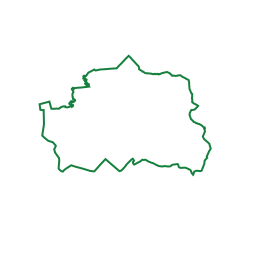 Vermes, Caras-Severin, Romania, rotated 38°
{"feature_id": "2599482B13425405554556", "entity_name": "Vermes", "entity_type": "district", "adm_level": 2, "iso_a3": "ROU", "parent_name": "Romania", "parent_adm1": "Caras-Severin", "projection": "albers", "projection_center": [21.625, 45.523], "detail": "fine", "context": "isolated", "style": "outline", "palette": "green", "viewbox_px": 256, "rotation_deg": 38, "n_neighbors": 0, "source": "geoboundaries", "source_scale": "gbopen_adm2", "svg_char_len": 5461}
<svg xmlns="http://www.w3.org/2000/svg" viewBox="0 0 256 256"><g transform="rotate(38 128 128)"><path d="M94.2,196.4L98.1,202.5L99.4,203.0L102.0,203.1L103.5,202.4L103.6,200.4L104.2,198.1L106.2,192.4L111.0,190.6L117.8,187.7L124.6,185.1L127.9,183.2L128.2,182.4L128.7,174.4L129.4,166.4L147.7,167.3L148.8,166.0L149.2,163.8L149.5,159.4L149.3,158.2L149.6,155.1L150.1,150.9L150.7,149.3L151.3,149.4L152.9,150.1L152.8,151.9L154.1,152.8L155.4,153.0L157.6,148.1L158.2,146.9L158.8,144.2L159.9,143.6L160.1,143.4L160.8,142.7L161.5,142.2L164.3,141.9L165.4,141.6L167.6,141.0L169.7,140.2L172.8,139.7L175.8,139.0L177.3,138.1L179.1,136.9L180.1,135.6L183.5,133.5L184.8,132.3L185.1,131.8L185.2,131.4L185.2,130.9L185.2,130.5L186.0,129.2L187.3,127.9L188.5,126.6L189.3,125.9L190.1,126.0L191.9,127.4L192.9,127.4L194.1,127.0L197.4,124.1L199.1,123.5L201.8,122.9L202.5,122.7L203.1,122.7L203.6,122.9L204.9,123.7L206.1,124.3L207.1,124.6L208.1,124.8L208.0,124.0L207.1,122.0L207.5,120.7L208.7,119.1L211.3,117.7L212.3,116.3L210.2,109.3L208.5,106.5L208.7,102.6L207.7,102.2L207.5,101.8L207.4,100.9L207.3,100.6L207.2,100.3L207.1,99.8L206.3,96.7L205.9,93.4L205.7,93.2L203.4,91.6L201.9,90.4L200.6,90.2L194.8,89.9L192.3,88.7L192.2,88.6L191.5,85.9L190.9,83.7L190.7,83.2L189.8,82.5L189.0,82.0L188.8,81.7L188.7,81.6L188.9,81.4L188.9,81.2L188.6,81.0L188.7,80.9L188.2,80.5L188.0,80.8L187.9,80.7L187.6,81.0L187.3,80.7L187.0,80.8L184.1,80.6L183.6,80.7L183.0,80.8L181.6,81.0L181.2,81.2L180.9,81.5L179.2,81.9L179.2,82.0L178.8,82.2L178.2,82.1L175.8,82.8L175.6,82.7L175.4,82.5L175.2,82.4L173.6,82.3L172.7,82.2L172.1,82.2L169.1,80.2L168.5,79.8L168.0,79.3L167.7,78.5L167.5,78.2L166.9,75.6L166.8,74.9L166.9,74.7L167.7,74.1L168.8,72.9L168.9,72.7L169.0,72.6L169.1,72.3L169.2,71.9L169.4,70.7L169.6,68.7L169.7,67.4L169.3,67.4L167.9,67.5L167.6,67.6L167.3,67.6L164.8,68.1L163.4,68.1L163.0,68.2L162.8,68.2L162.7,68.1L162.5,67.7L162.4,67.7L162.2,67.3L161.6,66.7L161.5,66.4L161.2,66.3L160.9,65.8L160.6,65.5L160.0,65.2L159.7,64.5L159.5,64.4L159.4,63.9L158.2,62.5L157.6,61.6L156.3,61.6L155.2,60.9L154.6,60.5L153.9,60.1L153.0,59.7L152.4,59.3L150.1,56.8L149.7,56.3L148.3,54.7L146.9,53.4L146.5,53.0L146.3,52.9L145.0,53.1L143.2,53.5L142.5,53.5L140.5,53.9L139.1,54.2L138.3,54.1L136.6,54.3L136.5,54.5L135.0,55.8L134.9,56.1L134.7,56.4L133.5,57.6L130.9,59.2L130.7,59.6L129.9,59.4L128.8,59.5L128.2,59.3L127.9,59.1L124.3,59.8L123.1,61.2L122.7,61.8L121.8,62.8L121.6,63.2L121.5,63.3L121.2,63.6L120.4,64.9L119.8,66.0L119.5,66.5L119.4,66.4L119.0,66.5L118.4,66.8L117.8,67.5L117.3,67.7L117.1,68.1L116.9,68.3L116.2,68.9L115.9,69.0L115.7,68.9L115.5,69.2L115.5,69.3L114.8,70.0L114.5,70.1L113.9,70.6L112.8,70.9L112.1,71.3L110.7,72.3L110.3,72.5L109.9,72.8L109.4,73.0L108.9,73.5L108.3,73.9L107.9,74.1L107.2,74.2L106.4,74.2L106.1,74.3L105.5,74.3L105.0,74.4L104.6,74.7L103.7,74.5L101.6,74.8L100.8,74.8L100.8,74.7L98.6,73.0L98.1,72.8L97.3,72.7L96.1,72.6L95.2,72.4L93.7,72.2L91.9,71.8L89.7,71.6L86.9,71.0L84.1,70.7L83.5,75.6L83.0,81.3L82.4,85.7L82.4,87.0L82.4,87.3L82.3,88.0L78.3,91.5L75.1,94.5L69.7,99.4L68.4,101.1L67.0,102.6L66.9,102.7L65.5,102.7L64.3,105.3L63.9,106.3L63.7,106.5L62.7,108.8L62.9,113.1L62.5,113.4L62.1,113.3L61.8,113.4L61.8,113.6L61.6,114.0L61.1,114.2L61.0,114.8L61.1,115.0L61.3,115.0L61.7,114.7L61.9,114.6L62.2,114.7L62.5,115.1L62.2,115.8L62.2,116.1L62.2,116.3L62.3,116.6L62.5,116.6L63.1,116.3L63.3,115.6L63.5,115.4L63.7,115.5L63.7,116.1L63.8,116.3L64.1,116.3L64.7,115.6L65.2,115.4L65.5,115.3L65.7,115.5L65.8,115.6L65.8,116.0L65.0,116.7L64.8,117.1L64.7,117.4L64.8,117.4L65.0,117.1L65.3,117.3L65.5,117.7L65.8,117.7L66.1,117.2L66.6,117.3L67.6,117.6L67.6,117.9L67.2,118.6L66.9,119.4L66.9,119.5L67.1,119.6L67.4,119.6L67.8,119.3L68.0,119.1L67.9,118.4L67.9,118.0L68.1,117.8L68.3,117.7L68.6,117.7L68.8,117.8L68.9,118.0L68.4,118.6L68.3,118.9L68.9,119.4L69.1,120.0L69.3,120.3L69.5,120.4L69.5,119.7L69.5,119.0L69.4,118.2L69.5,117.9L69.7,117.7L70.1,117.6L70.3,117.8L70.3,118.3L70.0,119.4L70.0,119.5L70.3,119.6L70.7,118.9L70.8,118.7L71.0,118.7L71.3,118.8L71.4,119.2L71.4,119.3L71.8,119.4L65.7,125.4L63.4,127.4L61.9,128.9L61.7,129.1L61.5,129.5L61.4,129.8L61.3,130.5L61.1,130.7L60.1,130.0L59.9,130.1L59.9,130.8L59.6,131.4L59.8,131.7L59.8,132.0L60.1,132.1L60.7,132.0L61.4,132.6L61.8,132.7L62.3,132.7L62.8,133.2L62.9,133.3L62.9,133.6L62.8,133.9L63.0,134.5L63.3,135.3L63.3,135.5L63.7,135.8L64.0,136.3L64.5,137.0L65.1,137.4L65.4,137.5L65.5,137.8L65.7,138.1L65.9,138.2L66.3,138.2L66.5,138.4L66.9,138.9L67.2,138.6L67.6,138.5L67.9,138.5L68.6,138.7L69.2,138.6L69.4,138.8L69.5,139.0L69.3,139.3L69.1,139.3L69.0,139.5L69.3,140.2L69.0,140.4L68.8,140.4L68.8,140.7L68.6,140.8L68.5,141.0L68.7,141.6L68.6,141.8L68.3,141.9L68.1,141.8L68.0,141.6L67.8,141.5L67.4,141.4L67.3,141.7L67.5,142.2L67.3,142.1L66.7,142.0L66.6,142.3L66.8,142.6L66.6,142.8L66.7,143.6L66.5,144.0L66.6,144.5L66.8,145.1L67.2,145.1L67.6,145.1L68.1,144.9L68.7,144.5L69.1,144.4L69.3,144.5L69.6,144.5L69.5,144.3L69.7,144.1L70.6,143.8L70.8,144.0L71.0,144.3L71.1,144.6L71.1,145.1L70.6,145.7L70.6,146.0L69.9,145.9L69.4,146.3L69.0,146.8L68.7,147.5L68.3,148.1L68.0,148.6L67.4,149.1L66.6,149.7L66.0,149.9L65.6,149.7L65.5,150.1L65.1,150.0L64.7,150.0L63.8,150.7L62.2,153.1L62.2,153.5L61.9,154.1L62.0,154.6L61.8,155.1L61.2,155.7L59.5,156.9L57.8,158.5L55.7,160.0L49.8,155.6L43.7,163.7L47.7,167.6L49.7,166.5L50.5,165.8L59.5,176.8L65.1,186.8L68.4,187.1L73.0,187.2L77.6,185.5L82.0,186.4L82.5,187.6L82.8,189.2L82.9,190.2L85.6,192.2L92.2,194.2L94.2,196.4Z" fill="none" stroke="#15803d" stroke-width="2"/></g></svg>